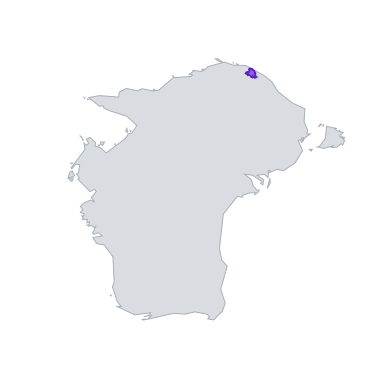 Clarence Valley, New South Wales, Australia shown in context, rotated 287°
{"feature_id": "25037944B11916296746250", "entity_name": "Clarence Valley", "entity_type": "district", "adm_level": 2, "iso_a3": "AUS", "parent_name": "Australia", "parent_adm1": "New South Wales", "projection": "robinson", "projection_center": [152.635, -29.694], "detail": "fine", "context": "in_parent", "style": "filled", "palette": "violet", "viewbox_px": 384, "rotation_deg": 287, "n_neighbors": 0, "source": "geoboundaries", "source_scale": "gbopen_adm2", "svg_char_len": 6252}
<svg xmlns="http://www.w3.org/2000/svg" viewBox="0 0 384 384"><g transform="rotate(287 192 192)"><path d="M257.1,75.3L261.3,94.1L266.2,93.2L271.8,98.8L272.9,110.2L276.2,114.2L277.1,124.8L279.6,130.4L295.8,140.6L302.3,157.5L304.1,158.3L304.4,155.3L308.0,158.4L308.5,156.9L310.0,165.4L312.1,168.0L316.7,170.7L325.7,185.1L325.4,194.7L328.7,206.3L324.2,227.9L321.0,235.8L313.3,244.7L306.3,262.4L304.7,275.6L291.5,278.8L285.1,284.5L281.0,285.0L282.2,288.2L275.7,283.5L276.6,282.3L276.1,281.2L274.9,281.1L272.8,283.2L271.3,281.9L273.8,280.0L272.3,278.5L263.8,285.7L250.1,282.1L239.2,273.4L238.5,266.6L233.2,260.4L235.3,260.6L235.2,258.8L228.1,260.6L230.0,256.0L227.0,249.3L224.7,257.0L219.5,257.7L220.2,255.2L222.7,255.2L225.7,244.7L224.4,236.9L221.2,245.1L216.1,248.3L212.8,253.2L213.4,255.7L211.3,255.4L207.7,252.6L209.9,252.6L208.1,247.7L204.5,242.2L201.7,241.5L201.0,236.6L180.1,228.4L146.1,234.7L135.6,240.3L131.4,247.4L107.5,247.8L95.4,256.3L86.5,255.8L76.0,250.0L75.3,244.2L77.8,245.2L79.5,241.7L78.3,230.0L73.2,221.1L70.6,210.0L57.4,186.8L62.0,189.3L58.8,182.2L61.0,186.4L64.4,187.6L57.8,173.1L60.7,153.1L61.8,157.8L65.3,152.6L78.3,143.5L83.0,144.0L107.0,135.3L115.7,123.6L114.8,115.9L119.4,110.5L123.8,118.9L125.7,114.2L123.0,110.9L123.7,108.8L131.7,110.2L129.2,109.4L130.7,106.0L129.1,103.1L133.4,102.7L131.8,100.5L135.3,100.1L134.0,97.0L137.0,93.4L137.3,95.5L139.7,95.2L139.9,91.2L143.4,92.6L145.6,89.4L149.5,91.6L154.7,97.3L153.9,101.8L157.3,97.4L164.6,100.3L166.0,97.9L162.7,94.4L170.9,79.1L172.6,80.1L175.5,76.2L176.5,77.9L185.2,76.7L184.9,73.0L179.0,70.2L179.9,69.3L201.2,77.2L207.3,74.3L205.8,77.3L208.4,79.0L211.5,75.4L214.4,78.4L211.1,85.3L207.5,85.9L207.7,90.9L204.4,98.6L223.8,112.7L229.1,114.1L230.8,117.4L239.4,119.8L245.4,107.6L245.6,89.8L246.5,83.1L248.6,81.5L246.9,78.5L252.1,65.6L257.1,75.3ZM271.8,300.1L282.1,303.9L294.1,301.5L295.1,312.0L294.2,310.1L293.1,312.4L293.0,319.3L288.6,316.5L286.1,322.9L280.9,322.4L281.9,320.6L277.3,317.5L275.3,312.2L277.3,313.1L272.3,305.6L271.8,300.1ZM169.1,69.4L175.2,69.4L177.1,71.3L173.1,75.1L169.1,69.4ZM217.6,262.8L227.8,262.5L223.6,264.2L217.6,262.8ZM212.9,89.8L214.2,93.7L210.4,93.0L211.0,90.3L212.9,89.8ZM325.1,183.4L324.8,179.0L326.3,175.4L326.9,178.0L325.1,183.4ZM291.1,293.9L294.5,294.8L294.6,296.2L291.1,293.9ZM168.5,70.5L170.7,74.3L166.8,74.0L168.5,70.5ZM268.0,294.5L266.0,294.1L267.0,291.6L268.0,294.5ZM233.7,111.1L231.9,112.2L230.1,112.8L231.0,110.7L233.7,111.1ZM57.3,185.8L55.6,183.7L55.3,181.7L55.6,181.6L57.3,185.8ZM293.9,297.7L295.2,298.7L292.7,297.8L293.9,297.7ZM311.3,166.0L312.7,166.0L312.7,167.9L311.3,166.0ZM277.6,124.7L279.3,125.8L279.0,126.5L277.6,124.7ZM288.6,320.3L288.8,322.0L287.5,321.5L288.6,320.3ZM327.5,196.4L327.6,198.8L327.4,198.7L327.5,196.4ZM184.5,69.2L183.5,68.2L184.1,67.6L184.5,69.2ZM212.8,69.4L211.4,71.3L213.1,68.0L212.8,69.4ZM327.7,193.5L327.0,194.3L327.5,193.4L327.7,193.5ZM215.6,104.4L214.8,104.8L215.2,103.9L215.6,104.4ZM209.9,89.7L208.9,89.9L209.5,88.7L209.9,89.7ZM69.6,143.6L69.4,145.1L68.9,145.0L69.6,143.6ZM250.3,64.7L250.3,66.0L249.8,65.1L250.3,64.7ZM275.0,281.8L275.2,282.6L274.9,282.3L275.0,281.8ZM211.0,71.9L209.0,73.2L211.0,71.5L211.0,71.9ZM134.1,95.1L133.4,96.0L133.8,94.9L134.1,95.1ZM289.3,319.0L288.7,319.4L289.0,318.7L289.3,319.0ZM232.9,115.6L231.8,115.6L232.4,114.8L232.9,115.6ZM130.2,102.0L129.7,102.5L129.6,101.3L130.2,102.0ZM294.1,315.4L293.2,315.9L293.5,315.0L294.1,315.4ZM251.0,61.1L250.8,62.0L250.2,61.6L251.0,61.1ZM274.5,282.9L275.4,283.6L273.9,283.4L274.5,282.9ZM297.7,140.5L297.0,140.6L297.3,139.6L297.7,140.5ZM303.8,155.2L303.4,155.2L303.7,154.4L303.8,155.2ZM272.2,298.8L272.0,299.4L271.7,298.6L272.2,298.8Z" fill="#d9dde1" stroke="#a8b0b8" stroke-width="1"/><path d="M320.8,220.0L320.8,219.9L321.0,219.8L321.1,219.7L321.1,219.4L321.3,219.2L321.5,219.0L321.4,219.0L321.5,219.0L321.6,218.9L321.6,218.7L321.8,218.6L322.0,218.6L322.3,218.7L322.5,218.4L322.5,218.2L322.9,218.2L323.2,218.2L323.3,218.0L323.2,218.0L323.2,217.9L323.3,217.8L323.3,217.7L323.4,217.8L323.5,217.8L323.7,217.7L323.8,217.7L323.9,217.8L324.0,217.9L324.1,217.7L324.4,217.7L324.3,217.4L324.5,217.4L324.8,217.4L324.9,217.2L325.0,217.0L325.2,216.9L325.3,216.8L325.2,216.8L325.2,216.7L325.3,216.7L325.5,216.5L325.5,216.4L325.5,216.2L325.4,216.2L325.6,216.2L325.8,216.0L326.1,216.0L326.1,215.9L326.1,216.0L326.3,216.1L326.4,215.9L326.3,215.6L326.4,215.4L326.5,215.3L326.5,215.2L326.6,214.9L326.5,214.7L326.7,214.3L326.7,214.2L326.8,214.1L326.7,214.1L326.7,213.8L326.8,213.6L326.8,213.4L326.9,213.1L327.0,213.0L326.9,212.9L327.0,212.8L326.9,212.7L327.0,212.7L326.9,212.5L327.0,212.3L327.0,212.2L327.0,211.9L327.1,211.7L326.9,211.7L326.8,211.4L326.9,211.1L327.0,210.9L326.7,210.7L326.6,210.8L325.9,210.7L325.9,210.9L325.7,210.8L325.5,211.1L325.3,211.0L325.2,211.3L324.9,211.4L324.7,211.5L324.5,211.4L324.4,211.4L324.2,211.5L324.2,211.4L323.9,211.4L323.7,211.3L323.3,211.3L323.3,211.2L323.3,210.7L323.2,210.7L323.0,210.4L322.9,210.3L322.7,210.3L322.7,210.2L322.8,210.0L322.8,209.9L322.9,209.7L323.0,209.6L322.9,209.5L322.8,209.4L322.8,209.5L322.7,209.5L322.6,209.3L322.5,209.1L322.3,209.0L322.3,208.9L322.2,208.9L321.4,208.7L321.4,208.8L321.3,208.7L321.1,208.6L321.1,208.8L320.9,209.0L321.0,209.1L320.9,209.1L320.7,209.1L320.9,209.2L320.8,209.3L320.7,209.5L320.9,209.6L320.9,210.0L320.7,210.0L320.7,210.3L320.6,210.5L320.4,210.8L320.2,210.8L320.0,211.0L319.9,211.1L320.0,211.2L319.9,211.2L319.9,211.3L320.1,211.4L320.1,211.5L320.9,211.7L320.8,211.8L320.7,211.9L320.7,212.0L320.5,212.3L320.6,212.8L320.5,213.0L320.3,213.1L320.1,213.9L320.1,214.0L319.9,214.0L319.7,214.2L319.6,214.3L319.7,214.6L319.6,214.8L319.6,214.7L319.6,214.8L319.4,214.8L319.3,215.0L319.2,215.0L319.1,215.3L319.1,215.5L319.3,215.6L319.5,215.6L319.8,215.6L319.7,215.6L319.8,215.7L319.8,215.8L319.8,216.0L319.7,216.0L319.8,216.0L319.7,216.1L319.8,216.1L319.7,216.2L319.7,216.3L319.8,216.4L319.8,216.5L320.0,216.5L319.9,216.6L320.0,216.6L320.0,216.8L320.0,217.0L319.9,217.0L319.9,217.3L319.8,217.5L319.9,217.8L320.0,217.8L319.9,218.0L320.0,217.9L320.0,218.0L320.0,217.9L319.9,218.0L320.0,218.0L319.9,218.1L320.0,218.1L320.0,218.3L320.2,218.5L320.2,218.8L320.2,219.0L320.2,219.3L320.3,219.4L320.2,219.5L320.3,219.5L320.5,219.6L320.8,220.0Z" fill="#8b5cf6" stroke="#5b21b6" stroke-width="1.5"/></g></svg>